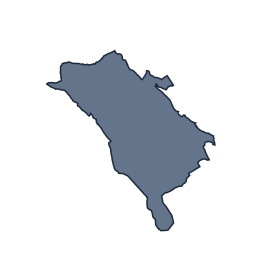 the district of Bradesti, Harghita, Romania, rotated 125°
{"feature_id": "2599482B17231771008992", "entity_name": "Bradesti", "entity_type": "district", "adm_level": 2, "iso_a3": "ROU", "parent_name": "Romania", "parent_adm1": "Harghita", "projection": "mercator", "projection_center": [25.354, 46.351], "detail": "fine", "context": "isolated", "style": "filled", "palette": "slate", "viewbox_px": 256, "rotation_deg": 125, "n_neighbors": 0, "source": "geoboundaries", "source_scale": "gbopen_adm2", "svg_char_len": 5632}
<svg xmlns="http://www.w3.org/2000/svg" viewBox="0 0 256 256"><g transform="rotate(125 128 128)"><path d="M138.6,219.8L138.5,214.2L138.1,212.9L137.7,210.2L137.7,209.5L137.3,209.2L136.3,207.7L135.7,206.7L135.6,206.1L135.5,205.4L135.3,204.9L134.2,203.1L133.4,200.6L133.8,200.0L133.9,199.6L134.1,198.3L134.4,197.8L134.8,195.9L135.0,195.4L135.1,194.4L136.5,191.0L136.6,189.9L137.0,189.1L137.5,188.0L137.4,187.2L137.1,186.6L136.9,184.9L136.6,183.9L136.7,183.3L137.4,182.8L138.0,182.7L138.4,182.5L138.5,182.4L138.7,181.8L138.7,181.0L138.4,179.6L138.7,179.3L138.9,178.4L139.3,177.1L139.2,177.1L139.3,176.4L139.8,175.5L139.8,175.4L139.7,175.3L139.4,174.6L139.7,170.0L140.1,169.5L140.5,166.7L139.7,166.6L139.1,166.6L137.6,167.0L137.7,166.6L138.2,164.4L138.4,164.0L139.0,163.2L139.5,162.6L139.6,162.1L139.5,160.9L139.1,159.1L140.4,158.0L141.2,157.5L141.3,156.8L141.6,156.2L142.3,155.6L142.5,155.2L142.3,154.7L142.1,154.6L142.3,154.0L142.7,152.9L143.1,151.0L143.9,149.0L144.6,147.4L145.2,146.1L145.8,144.8L146.3,143.2L146.7,142.2L147.2,140.7L147.8,138.1L148.5,134.4L151.3,135.3L153.0,133.7L154.0,131.8L155.5,129.8L157.3,128.5L161.2,124.4L163.5,122.3L167.4,117.8L168.5,116.5L169.0,115.6L169.6,114.8L169.7,114.2L169.6,111.5L170.0,110.3L170.5,109.8L170.3,109.4L169.5,107.9L168.3,106.2L168.1,105.0L167.8,103.4L167.4,100.6L167.7,99.2L168.1,97.5L168.8,94.3L170.4,87.7L171.2,83.7L171.9,81.0L172.3,79.2L172.9,76.8L173.2,74.9L173.7,72.5L174.2,72.6L174.4,72.1L174.6,71.8L174.9,71.4L175.5,71.1L176.1,70.9L176.7,70.6L177.2,70.4L178.3,69.6L181.9,66.7L182.3,66.2L182.4,65.8L182.5,64.7L182.4,62.9L182.3,61.6L182.3,61.4L183.1,60.2L186.6,56.5L187.5,52.8L190.1,50.9L191.4,49.7L191.5,49.4L192.1,48.1L192.5,47.0L193.3,44.7L193.0,44.4L193.2,42.1L191.1,39.5L189.8,37.8L189.0,37.0L188.3,36.6L179.6,36.2L174.5,41.9L170.5,51.8L169.8,54.7L169.6,55.3L168.8,57.1L166.8,58.8L164.4,61.5L163.8,61.4L159.4,60.3L159.0,59.3L154.8,56.8L153.7,56.4L152.8,56.0L150.0,55.1L149.0,54.4L148.3,54.0L147.0,53.0L145.9,52.1L144.7,50.6L143.4,50.6L142.3,50.8L140.6,49.9L139.5,49.9L138.5,49.7L137.8,50.0L137.1,50.6L135.9,50.9L135.0,50.8L134.8,50.8L133.3,50.7L131.5,50.3L130.3,52.4L129.5,51.9L127.3,50.8L125.5,50.0L123.2,49.1L118.8,47.1L118.7,47.5L118.2,47.3L118.1,47.8L118.0,48.3L117.3,49.3L116.5,51.0L114.8,50.7L114.2,50.8L113.6,50.6L112.3,49.9L111.1,49.1L109.7,48.1L109.4,47.6L109.3,46.9L109.1,46.3L108.8,45.8L108.7,45.6L108.8,45.5L109.0,45.0L108.8,44.6L108.7,44.5L108.3,44.2L108.0,43.7L107.7,43.4L107.5,43.2L106.7,44.5L106.3,45.5L105.8,46.6L105.3,47.3L104.7,48.4L103.9,49.9L103.3,50.7L102.9,51.2L102.4,51.9L101.9,52.7L101.5,53.7L101.0,54.4L100.6,55.0L100.1,55.7L99.5,55.7L98.2,55.2L97.5,55.8L96.8,56.2L96.4,56.4L96.0,56.4L95.4,56.3L94.5,55.9L93.4,54.9L92.7,54.1L92.2,53.0L91.6,49.8L92.0,49.4L92.9,48.9L92.4,47.9L92.0,47.1L91.4,47.7L90.7,48.3L90.6,48.5L90.4,48.7L90.2,48.9L89.9,49.2L89.6,49.5L89.4,49.7L89.1,50.3L88.9,50.6L88.7,51.0L88.2,51.4L87.8,51.6L87.4,51.6L87.2,51.7L87.1,51.9L86.9,52.5L85.5,53.4L86.0,56.4L86.1,57.8L85.9,58.3L85.9,58.5L87.4,61.4L87.6,62.3L87.5,63.1L87.5,63.6L88.1,65.1L88.4,66.4L88.4,67.7L88.3,69.3L88.2,70.2L87.7,72.3L87.8,73.0L87.1,72.9L86.7,74.4L86.5,75.5L85.1,75.4L85.3,76.0L85.4,76.3L85.7,77.2L85.8,77.9L86.0,78.5L86.2,80.0L86.1,81.0L86.0,82.2L85.7,84.7L85.9,86.0L85.9,87.5L85.8,87.9L85.6,88.2L85.3,88.3L85.0,88.3L85.2,89.7L87.8,90.2L88.0,91.8L87.9,93.3L87.9,93.8L87.7,94.4L87.5,94.9L87.3,95.3L86.9,95.7L86.7,95.8L86.1,96.1L85.7,96.1L86.5,98.2L86.2,100.0L85.8,101.3L85.6,102.2L84.5,104.0L81.3,109.2L81.0,109.9L80.3,113.5L80.1,114.3L79.8,117.1L79.6,117.8L79.2,119.6L79.0,121.0L78.8,125.5L78.9,126.0L78.7,126.9L78.3,127.7L78.2,129.8L77.5,129.7L76.5,129.8L75.7,130.2L75.7,129.6L75.8,129.3L76.0,129.2L76.3,129.2L76.5,128.9L76.4,128.8L76.3,128.7L76.3,128.4L76.8,128.3L76.9,128.2L77.0,127.3L76.9,126.7L76.6,126.0L76.6,125.8L76.3,125.0L75.9,124.6L75.7,122.4L75.5,121.4L75.1,120.2L75.1,119.2L74.9,118.7L74.2,118.5L73.6,118.8L72.1,118.7L71.5,118.8L70.7,118.3L70.0,117.7L69.0,117.5L68.4,116.8L68.5,116.2L67.8,115.7L66.9,115.3L62.7,125.9L65.9,127.3L67.9,127.8L68.9,128.2L68.8,128.4L68.8,128.9L69.4,130.5L69.5,131.3L69.6,131.9L70.1,133.3L70.5,133.9L71.1,134.6L71.3,135.4L71.2,136.6L71.3,138.2L71.7,139.4L71.5,141.0L70.0,142.4L69.8,142.8L69.6,143.9L69.9,145.0L70.5,145.6L71.8,144.6L72.7,144.5L75.7,144.1L76.7,144.2L78.9,144.0L80.3,144.1L80.1,145.6L79.8,146.9L79.4,148.3L79.2,149.6L78.9,152.0L78.5,153.3L78.3,154.8L78.1,157.1L78.2,157.8L78.7,158.6L78.8,159.3L78.6,160.8L78.1,162.2L77.7,162.6L77.0,164.2L76.5,165.1L76.2,164.9L75.9,165.6L74.9,167.2L74.3,168.5L73.9,168.8L75.1,171.6L74.0,172.7L72.9,173.7L72.2,174.6L71.8,175.6L71.9,176.8L72.4,178.0L73.4,178.9L73.6,179.5L73.4,180.5L73.0,181.8L72.3,183.2L75.3,184.7L77.6,186.3L77.8,186.4L78.3,186.7L78.7,186.8L79.2,187.4L80.4,187.8L81.0,188.2L82.0,188.6L83.0,189.2L84.1,189.1L85.0,188.7L85.9,189.5L87.4,189.2L89.2,189.9L91.1,190.3L92.1,191.6L93.3,191.8L93.6,191.4L94.7,191.8L94.8,192.9L96.1,193.4L97.9,195.4L99.1,196.4L99.0,197.5L99.3,198.0L101.0,199.6L101.6,200.2L101.2,201.0L101.8,202.1L102.6,203.0L103.0,203.7L103.1,204.5L103.3,205.1L104.0,206.1L106.2,209.5L107.1,211.2L107.2,212.5L107.4,213.4L108.4,214.9L110.1,215.9L110.7,217.0L112.0,218.0L112.4,218.5L113.2,218.7L114.4,218.2L115.5,218.5L115.9,218.6L117.9,217.5L118.7,216.7L119.5,216.4L120.7,215.6L121.2,215.3L121.5,215.2L123.5,213.0L124.0,212.5L125.1,212.0L125.7,211.2L126.2,210.7L127.1,209.9L128.0,209.7L129.0,210.9L129.6,211.3L130.1,211.4L130.6,211.6L131.6,212.2L132.1,212.5L132.4,213.0L132.9,213.6L133.2,213.8L133.8,214.7L133.8,215.0L134.0,215.7L134.6,216.5L135.2,217.5L136.2,218.6L136.7,219.3L138.6,219.8Z" fill="#64748b" stroke="#1e293b" stroke-width="1.5"/></g></svg>